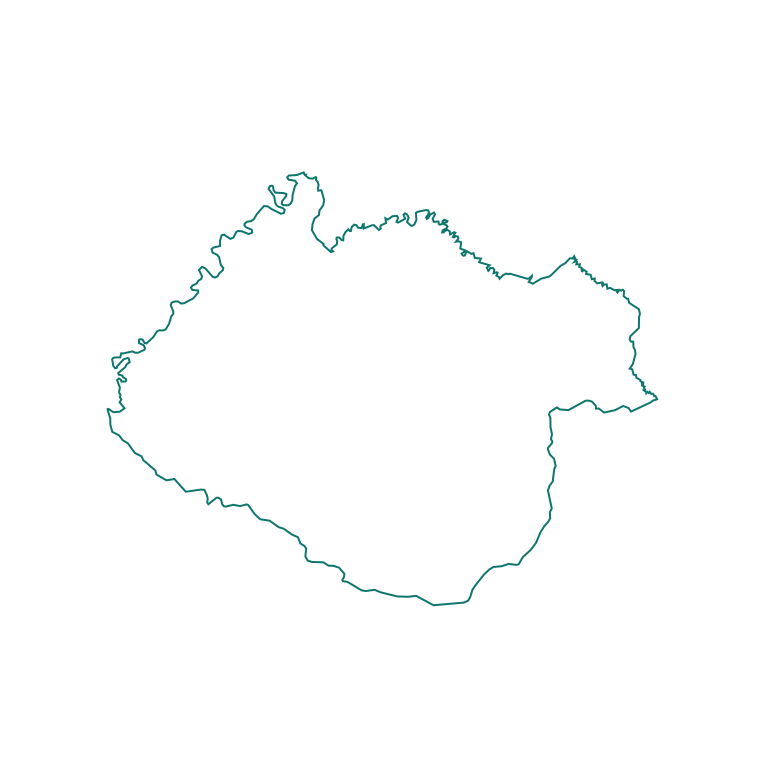 outline of Khutlo-se-Metsi, Thaba-Tseka, Lesotho, rotated 58°
{"feature_id": "5366337B67147005930942", "entity_name": "Khutlo-se-Metsi", "entity_type": "district", "adm_level": 2, "iso_a3": "LSO", "parent_name": "Lesotho", "parent_adm1": "Thaba-Tseka", "projection": "natural_earth1", "projection_center": [28.357, -29.676], "detail": "fine", "context": "isolated", "style": "outline", "palette": "teal", "viewbox_px": 768, "rotation_deg": 58, "n_neighbors": 0, "source": "geoboundaries", "source_scale": "gbopen_adm2", "svg_char_len": 6165}
<svg xmlns="http://www.w3.org/2000/svg" viewBox="0 0 768 768"><g transform="rotate(58 384 384)"><path d="M547.2,512.3L550.0,509.0L553.5,501.1L559.0,497.1L571.2,485.3L577.3,476.2L580.6,469.1L597.9,459.2L611.7,432.1L612.3,427.4L610.3,423.7L605.4,418.1L603.3,413.4L598.6,400.3L597.1,392.9L597.2,388.0L600.9,380.8L602.6,373.7L607.8,367.2L608.2,365.3L604.3,357.8L602.5,347.7L599.2,339.1L592.9,330.3L589.4,323.2L587.8,317.5L585.9,314.2L580.5,311.2L578.5,307.7L561.2,301.4L557.9,297.3L556.1,292.6L546.2,284.6L544.6,281.9L537.5,279.4L531.7,280.7L526.6,279.7L525.2,278.8L523.0,272.6L521.8,271.6L519.3,271.7L515.7,268.2L508.7,265.6L500.8,260.8L497.5,260.3L495.7,258.2L495.4,249.9L498.8,248.3L503.9,241.4L505.0,221.8L506.8,218.9L509.2,217.0L514.4,215.9L517.3,217.2L518.7,214.8L524.9,212.4L528.6,202.0L529.4,192.8L534.0,189.3L538.3,189.1L540.9,167.6L540.6,164.7L541.7,160.5L538.2,160.1L537.6,161.3L534.8,161.0L534.0,162.6L531.4,162.8L531.9,164.3L530.2,164.9L530.8,166.4L529.4,165.9L526.8,167.2L526.3,166.9L526.8,165.6L524.6,165.4L524.2,164.4L522.9,165.4L520.2,163.3L519.7,163.9L520.4,165.0L518.8,164.2L517.6,165.1L516.5,164.4L512.5,166.6L509.8,165.6L508.4,167.4L503.1,165.7L501.2,167.4L498.9,162.3L491.7,154.7L488.1,153.1L484.9,152.9L480.2,150.2L478.8,152.2L476.2,152.0L474.0,149.7L471.6,138.2L462.5,132.3L460.0,129.7L455.7,128.2L445.0,133.1L441.1,131.8L440.4,132.9L436.4,134.2L432.4,131.1L430.5,131.6L430.5,133.4L428.9,134.4L430.1,137.6L429.0,137.7L427.8,136.3L426.5,138.9L422.2,141.4L421.6,144.1L417.6,142.3L416.3,144.6L416.8,146.7L415.3,146.4L414.4,144.8L413.5,145.0L411.6,149.9L408.1,150.9L406.3,149.4L405.2,152.2L400.9,150.9L397.7,154.3L396.1,152.6L392.6,154.3L393.7,155.9L392.9,156.4L390.2,154.9L388.0,156.4L386.3,154.5L384.4,157.5L382.9,155.6L381.8,155.7L381.3,157.8L380.4,155.0L378.1,156.8L378.1,155.2L376.4,155.0L377.5,157.6L375.9,159.6L377.6,166.1L377.4,171.7L380.4,185.1L380.3,187.5L378.0,194.7L377.8,204.6L374.1,207.2L371.8,202.2L370.6,201.3L371.4,205.1L370.7,206.7L357.1,218.8L356.9,220.2L355.1,221.8L354.8,225.4L356.0,230.2L354.1,229.9L351.7,231.3L349.9,228.7L349.0,229.2L348.0,232.3L345.8,230.0L343.5,230.1L341.9,232.5L343.3,234.5L343.3,235.6L339.8,235.2L339.3,231.5L331.1,238.8L329.0,235.3L325.2,240.2L320.5,238.8L320.1,240.9L315.4,243.2L315.8,244.9L317.9,247.2L317.3,248.7L316.0,249.2L314.5,249.1L314.4,245.5L313.7,244.4L309.6,247.5L304.7,243.5L302.6,245.0L301.4,247.6L300.1,243.8L298.1,243.2L296.6,244.8L296.8,247.0L295.8,247.7L293.5,243.3L292.4,244.1L292.2,248.7L289.4,247.4L286.9,248.6L286.5,251.0L287.0,253.1L286.4,254.3L284.8,252.9L285.1,248.9L284.3,246.8L282.6,246.8L280.3,248.4L278.8,247.9L280.1,245.1L279.5,243.9L276.6,245.9L276.9,248.1L279.2,249.4L278.5,252.2L277.4,252.7L275.1,251.7L272.8,255.9L269.7,255.2L267.1,250.8L265.1,250.8L264.8,254.9L266.7,258.6L266.7,260.2L265.2,260.1L262.7,255.0L260.1,254.6L258.8,256.1L255.8,264.2L255.8,266.2L262.1,269.6L264.7,273.6L264.9,276.0L264.0,277.2L258.9,278.7L255.9,274.8L252.6,274.6L250.4,275.7L250.9,277.8L255.1,278.5L254.6,286.5L253.2,287.5L250.7,284.1L248.6,283.8L246.2,287.7L246.6,293.6L244.2,295.0L248.6,296.9L247.8,302.4L248.4,303.6L250.4,304.4L250.7,306.7L243.9,308.4L243.0,310.2L241.4,318.7L237.6,316.4L237.4,317.2L239.9,320.4L237.7,323.2L234.7,323.2L233.0,325.0L233.8,328.2L236.7,331.0L236.0,332.0L233.9,332.2L234.8,336.3L236.9,339.9L240.5,342.4L239.5,343.7L235.9,344.4L234.8,346.5L235.8,347.6L238.0,347.9L240.6,350.1L241.3,356.3L242.3,357.5L244.5,357.0L244.0,359.1L234.3,361.9L233.3,361.0L225.3,364.0L215.3,363.6L210.7,360.0L206.9,355.4L206.2,349.5L202.7,346.9L200.2,340.8L196.3,337.3L186.9,334.5L186.2,334.7L185.3,337.3L183.5,336.8L180.6,334.0L177.3,333.1L174.9,333.6L173.3,332.1L172.4,332.2L172.0,335.8L169.5,338.8L165.5,340.1L165.1,339.3L164.2,340.4L162.0,340.0L160.7,347.0L156.8,354.2L157.4,356.6L160.2,356.6L164.4,351.8L167.7,351.4L169.1,354.8L175.7,361.7L179.8,364.5L181.7,367.9L181.6,370.7L178.9,374.7L177.2,375.3L174.9,373.4L172.7,367.2L171.1,366.1L168.8,368.1L164.1,374.8L161.1,374.9L157.6,373.4L156.4,374.0L155.7,375.9L157.4,378.5L166.6,377.7L173.4,380.4L175.5,380.4L177.6,379.7L180.9,376.8L183.7,375.9L185.9,378.3L185.1,381.1L176.0,386.7L171.8,388.4L169.5,391.5L172.4,401.4L175.3,407.2L175.5,410.4L173.8,414.1L174.2,417.3L175.2,418.2L177.8,418.1L183.1,414.4L185.5,415.3L185.8,416.4L185.0,419.4L179.3,423.5L176.8,426.8L176.8,428.7L180.0,434.0L179.5,437.4L172.6,440.5L171.8,442.9L175.6,447.1L180.1,449.9L177.9,456.4L178.3,458.8L181.7,459.7L186.0,457.1L189.0,456.6L196.6,459.3L200.5,458.8L202.1,460.4L202.7,464.5L204.5,468.2L204.1,471.0L202.1,472.5L191.5,474.2L188.2,476.2L189.2,480.5L196.1,481.2L198.0,483.1L198.1,486.8L199.6,490.0L199.0,494.2L199.9,496.6L202.6,496.7L206.2,492.1L207.9,493.0L210.3,500.3L209.6,510.7L208.2,513.5L204.8,514.9L202.8,518.6L202.6,521.2L204.1,523.1L210.6,524.2L212.9,525.6L214.0,528.7L219.0,534.3L222.0,540.1L221.4,543.2L219.3,546.3L219.1,548.7L222.1,555.2L223.7,563.9L222.4,565.3L218.3,565.2L216.6,567.4L216.7,568.3L219.5,570.1L223.6,567.3L226.9,567.6L228.0,569.0L227.2,575.9L225.7,578.3L223.0,580.2L219.8,589.2L218.7,590.5L221.6,593.6L218.7,598.5L218.5,600.4L219.1,601.5L225.0,603.9L228.2,603.7L228.7,602.0L227.6,601.1L225.1,591.7L226.0,587.9L226.8,587.0L230.7,588.1L231.2,592.3L232.6,594.5L233.9,603.6L235.5,604.0L238.3,601.4L240.0,601.7L243.0,600.2L244.6,600.9L244.7,602.4L242.8,605.4L240.9,604.9L238.8,605.9L239.2,608.3L247.1,609.9L250.5,613.0L254.1,613.5L254.9,614.9L257.9,615.0L259.5,617.9L267.1,616.9L267.5,622.8L264.5,628.4L259.1,630.9L258.9,631.8L260.1,632.3L268.2,634.4L273.4,637.6L280.6,639.8L287.1,635.9L293.0,635.4L298.7,632.6L310.4,631.9L316.9,627.9L321.0,628.5L336.1,623.7L340.3,624.9L350.4,619.5L353.5,612.1L370.3,609.2L376.6,595.0L378.6,592.4L384.8,593.2L388.1,594.4L390.7,596.7L392.9,596.7L391.7,586.5L392.5,584.9L395.3,583.4L400.4,584.9L402.8,584.6L404.0,583.3L406.6,575.8L411.3,570.7L413.2,564.5L414.5,563.3L425.9,562.6L433.2,560.6L439.2,553.5L449.7,549.1L453.5,545.8L462.8,541.9L468.3,538.2L474.9,539.4L479.2,537.3L482.4,537.2L488.6,542.1L493.4,542.3L496.8,539.3L503.1,529.9L508.7,527.3L511.4,523.2L516.0,519.4L524.1,518.2L526.5,520.3L528.1,523.2L529.4,523.4L532.4,519.9L547.2,512.3Z" fill="none" stroke="#0f766e" stroke-width="2"/></g></svg>